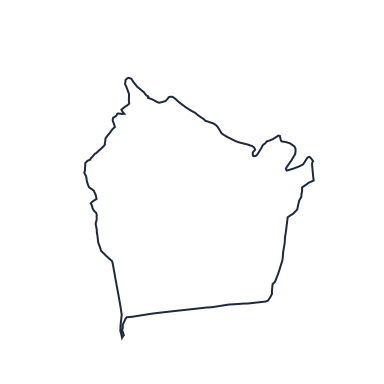 outline of Baladruz, Diyala, Iraq, rotated 336°
{"feature_id": "34846034B64184275342457", "entity_name": "Baladruz", "entity_type": "district", "adm_level": 2, "iso_a3": "IRQ", "parent_name": "Iraq", "parent_adm1": "Diyala", "projection": "mercator", "projection_center": [45.392, 33.561], "detail": "fine", "context": "isolated", "style": "outline", "palette": "slate", "viewbox_px": 384, "rotation_deg": 336, "n_neighbors": 0, "source": "geoboundaries", "source_scale": "gbopen_adm2", "svg_char_len": 3419}
<svg xmlns="http://www.w3.org/2000/svg" viewBox="0 0 384 384"><g transform="rotate(336 192 192)"><path d="M68.8,296.7L70.0,295.9L71.5,295.1L71.8,291.8L72.0,289.9L73.5,287.9L74.5,285.5L75.3,284.6L77.8,282.5L79.8,280.7L81.2,280.1L81.5,279.9L86.4,281.6L96.5,284.3L107.5,287.3L124.4,292.6L133.1,295.4L151.2,301.2L157.6,303.2L163.8,305.5L179.9,309.8L190.0,313.6L193.2,314.7L197.2,316.4L197.4,316.5L215.0,322.1L217.3,322.1L221.2,319.6L223.8,317.4L224.1,316.3L225.9,312.9L228.2,308.9L230.9,308.0L232.3,306.8L232.7,306.4L237.1,302.1L239.8,299.2L243.3,295.1L246.6,291.5L248.2,288.8L250.9,283.9L256.1,276.0L258.5,271.3L261.8,266.2L267.1,257.4L269.1,254.0L273.4,253.2L275.2,253.1L276.7,252.5L278.6,251.8L281.1,250.7L283.8,246.9L286.4,243.5L288.8,241.7L289.9,240.8L291.5,237.9L292.9,236.1L294.4,232.6L299.5,231.7L302.2,231.0L307.8,231.0L309.2,226.5L313.0,215.3L314.0,213.8L315.2,213.1L314.6,210.2L313.7,207.7L311.6,207.5L309.9,208.6L306.9,210.6L304.5,212.0L300.0,212.2L294.4,211.9L289.3,211.3L287.2,210.9L287.2,209.1L288.5,207.9L291.7,205.9L295.8,203.5L299.5,200.8L301.6,199.4L303.1,197.0L304.1,194.8L304.1,192.1L302.8,189.8L301.3,187.4L298.3,184.7L294.4,182.2L294.2,180.9L294.8,177.8L295.1,176.6L293.9,175.6L291.2,176.0L287.3,176.6L284.4,176.6L280.8,176.2L278.7,177.3L275.7,178.0L273.6,179.8L268.3,183.4L265.7,184.9L263.6,184.7L262.6,184.0L262.6,183.1L262.9,181.8L263.8,180.5L265.3,179.8L266.9,179.1L266.9,178.0L266.8,176.4L265.7,174.6L262.4,171.5L260.3,169.8L257.0,167.3L254.0,164.8L251.6,162.2L248.7,158.6L246.0,155.3L244.0,152.3L242.8,150.3L242.7,149.2L242.7,148.5L242.3,145.6L241.9,143.0L241.1,140.7L239.5,138.1L237.7,136.5L235.1,134.1L233.1,132.3L232.7,131.0L231.9,129.4L230.3,127.0L228.6,124.1L227.0,120.9L224.8,118.0L221.1,112.7L216.3,104.0L214.9,100.5L213.5,98.0L212.3,96.7L210.2,96.0L209.3,96.0L207.7,96.9L205.1,98.0L203.6,98.0L200.9,97.6L198.4,97.1L197.1,96.1L195.6,94.1L194.1,92.1L192.7,90.5L190.2,88.3L190.3,87.8L190.6,87.6L190.9,87.4L190.5,86.2L189.8,85.6L189.2,84.1L188.6,81.2L187.7,79.5L187.0,78.1L185.9,75.8L184.7,73.5L184.1,71.0L183.4,68.5L182.9,65.8L182.7,64.1L181.8,63.0L180.4,61.9L179.0,61.9L177.1,62.5L176.8,62.7L175.9,64.4L174.8,65.9L174.8,69.8L174.3,77.0L173.4,78.8L171.4,83.1L170.6,85.7L170.1,85.9L167.3,86.7L165.3,86.9L162.7,87.6L161.0,88.1L161.3,90.9L161.9,93.0L160.3,92.5L156.6,90.3L155.6,90.1L154.3,91.3L153.7,91.5L152.4,91.8L150.2,92.1L149.8,92.5L149.0,93.7L148.5,95.1L148.5,96.9L148.3,98.7L148.0,101.3L145.1,102.2L141.4,104.3L137.1,106.5L134.8,107.8L133.7,109.9L132.1,112.2L131.6,113.4L129.3,114.5L126.7,115.4L122.3,116.8L120.5,117.5L119.3,117.5L117.9,118.0L115.6,119.2L113.2,120.1L112.2,121.0L109.0,121.0L107.8,121.6L106.2,122.2L105.6,123.7L104.6,125.5L103.4,127.9L102.8,129.0L101.5,130.4L101.5,131.4L101.5,132.8L101.7,134.1L101.4,135.8L100.7,137.9L100.2,140.5L99.9,143.1L99.9,144.6L99.9,145.8L100.8,147.4L101.7,148.8L102.8,150.9L102.8,152.6L102.8,155.7L102.0,159.5L100.2,159.8L98.4,160.0L96.3,160.6L94.8,161.2L95.0,162.4L95.0,164.2L94.6,166.0L94.6,168.1L94.9,169.5L95.9,171.9L95.9,172.8L95.6,174.5L94.8,175.8L94.3,177.2L93.5,178.7L92.5,180.0L91.7,180.8L90.9,182.3L89.7,187.6L88.6,190.3L87.9,193.2L86.7,197.1L85.8,199.8L85.5,204.3L85.3,206.6L85.0,208.8L86.5,212.3L87.5,215.1L89.7,220.1L90.8,222.7L90.6,224.6L88.7,232.4L87.6,236.8L85.2,246.5L84.0,251.7L81.8,260.7L79.8,268.6L77.8,275.7L76.2,278.4L72.4,284.9L70.0,289.8L69.7,292.5L68.8,296.7Z" fill="none" stroke="#1e293b" stroke-width="2"/></g></svg>